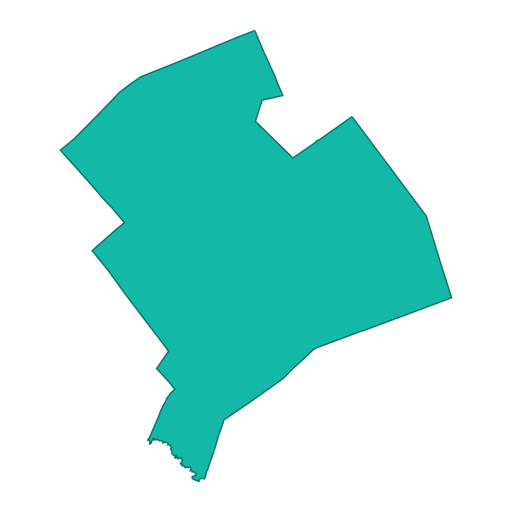 Saceni, Teleorman, Romania
{"feature_id": "2599482B67630674957093", "entity_name": "Saceni", "entity_type": "district", "adm_level": 2, "iso_a3": "ROU", "parent_name": "Romania", "parent_adm1": "Teleorman", "projection": "equal_earth", "projection_center": [25.054, 44.231], "detail": "medium", "context": "isolated", "style": "filled", "palette": "teal", "viewbox_px": 512, "rotation_deg": 0, "n_neighbors": 0, "source": "geoboundaries", "source_scale": "gbopen_adm2", "svg_char_len": 1917}
<svg xmlns="http://www.w3.org/2000/svg" viewBox="0 0 512 512"><path d="M451.6,297.7L440.0,261.2L426.3,216.1L352.8,117.7L351.7,116.9L318.5,140.3L316.6,140.8L316.0,142.1L293.3,157.7L292.4,157.5L256.1,122.0L255.3,121.6L262.1,100.1L282.8,95.5L275.9,79.3L275.6,77.8L262.1,48.1L255.3,31.7L254.5,30.7L238.0,37.0L174.7,63.3L140.7,76.8L129.4,84.8L120.0,91.9L100.4,112.3L74.1,138.8L60.4,150.2L91.8,185.3L102.7,198.0L112.2,208.2L124.5,222.8L118.3,227.6L92.1,250.6L107.9,270.1L126.0,295.1L168.6,351.1L156.6,368.6L168.4,381.3L171.9,385.4L172.1,386.1L175.0,389.3L170.6,393.1L166.7,398.5L166.0,400.8L162.8,406.2L161.8,408.9L160.7,410.6L159.2,415.0L149.6,437.3L148.7,439.0L147.7,440.0L149.2,440.5L149.6,441.0L150.2,442.5L149.5,443.6L149.8,444.1L150.2,444.0L151.0,443.1L152.1,440.5L153.2,439.9L152.8,438.7L153.2,438.3L153.7,438.5L155.0,440.0L155.9,439.9L157.2,439.1L159.1,440.7L162.3,440.8L162.7,441.2L162.6,442.7L162.9,443.0L164.9,442.0L166.3,442.3L167.9,443.2L167.8,444.7L168.1,445.0L170.5,444.8L170.5,446.4L171.7,447.7L170.5,449.1L172.1,450.9L171.7,453.3L173.7,455.5L175.7,455.5L174.9,457.3L175.0,458.0L175.7,458.1L177.0,456.8L177.7,457.3L177.6,458.6L177.9,458.9L179.0,458.1L180.4,458.2L180.8,457.6L181.5,457.8L181.7,459.0L182.6,459.8L182.0,460.6L181.5,462.8L180.4,463.3L180.5,464.0L182.5,464.3L182.0,465.9L184.5,466.0L184.7,467.1L185.2,467.5L185.9,467.7L187.0,466.9L188.2,467.4L189.2,467.4L189.6,466.9L190.3,467.1L191.1,468.4L190.3,469.6L190.2,470.7L192.0,470.5L192.0,471.8L195.1,472.2L195.3,473.7L196.1,473.9L195.7,475.7L192.2,476.5L192.4,478.6L195.9,480.3L197.1,480.4L198.0,481.3L199.0,481.2L199.6,479.6L200.9,478.4L204.6,478.8L204.9,478.0L204.8,477.1L205.6,476.6L206.3,472.3L207.9,468.7L214.4,449.7L219.1,434.0L222.8,424.0L223.6,420.1L248.0,403.5L281.1,380.0L284.3,377.3L295.5,366.1L298.1,364.0L313.5,349.5L315.8,348.1L325.9,344.3L360.0,331.6L364.3,330.3L451.6,297.7Z" fill="#14b8a6" stroke="#0f766e" stroke-width="1.5"/></svg>